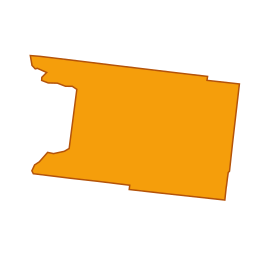 outline of Columbia, Wisconsin, United States of America, rotated 7°
{"feature_id": "52423323B84729075264593", "entity_name": "Columbia", "entity_type": "district", "adm_level": 2, "iso_a3": "USA", "parent_name": "United States of America", "parent_adm1": "Wisconsin", "projection": "robinson", "projection_center": [-89.482, 43.462], "detail": "fine", "context": "isolated", "style": "filled", "palette": "amber", "viewbox_px": 256, "rotation_deg": 7, "n_neighbors": 0, "source": "geoboundaries", "source_scale": "gbopen_adm2", "svg_char_len": 639}
<svg xmlns="http://www.w3.org/2000/svg" viewBox="0 0 256 256"><g transform="rotate(7 128 128)"><path d="M39.6,184.9L72.1,184.9L77.4,184.9L104.5,184.6L136.7,184.6L136.7,188.9L168.7,188.6L232.9,187.7L232.7,174.7L232.8,173.5L232.8,172.4L232.8,165.8L232.9,160.0L234.0,158.5L233.6,129.3L233.2,70.7L200.6,71.1L200.7,67.1L168.5,67.3L104.0,67.5L72.5,67.5L32.0,67.6L22.2,68.0L25.1,77.6L28.7,80.6L29.4,80.4L30.7,79.8L40.5,82.8L36.3,88.2L36.5,91.3L43.3,93.0L52.5,92.1L60.9,94.2L67.6,93.4L72.5,95.9L72.1,155.5L67.6,158.9L57.2,162.5L51.2,162.0L44.1,172.4L39.8,176.0L37.8,182.2L39.6,184.9Z" fill="#f59e0b" stroke="#b45309" stroke-width="1.5"/></g></svg>